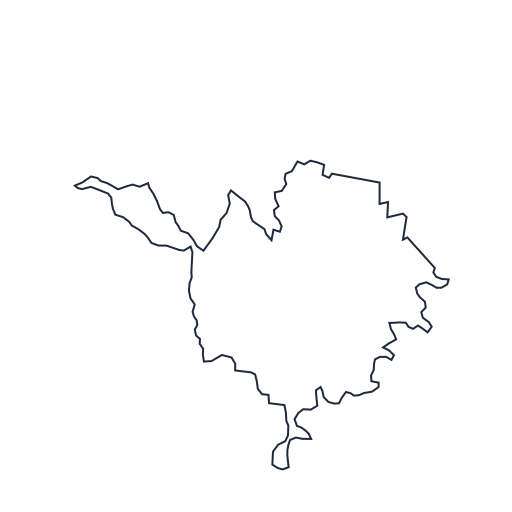 the district of Pérola d'Oeste, Paraná, Brazil, rotated 224°
{"feature_id": "56859067B51279708820455", "entity_name": "Pérola d'Oeste", "entity_type": "district", "adm_level": 2, "iso_a3": "BRA", "parent_name": "Brazil", "parent_adm1": "Paraná", "projection": "natural_earth1", "projection_center": [-53.752, -25.846], "detail": "fine", "context": "isolated", "style": "outline", "palette": "slate", "viewbox_px": 512, "rotation_deg": 224, "n_neighbors": 0, "source": "geoboundaries", "source_scale": "gbopen_adm2", "svg_char_len": 2713}
<svg xmlns="http://www.w3.org/2000/svg" viewBox="0 0 512 512"><g transform="rotate(224 256 256)"><path d="M435.2,180.8L431.2,181.1L427.4,183.5L423.0,190.9L416.4,193.8L405.9,198.1L400.7,197.5L396.3,193.8L392.1,190.8L385.9,188.0L378.6,191.6L370.9,192.5L366.4,191.6L359.6,193.5L351.4,194.5L347.0,194.1L340.2,192.8L333.5,195.7L327.6,201.3L315.2,207.1L311.7,209.8L309.6,217.4L304.3,214.5L291.5,199.7L287.4,196.0L284.9,190.3L280.2,184.5L273.7,180.0L266.5,178.6L262.8,171.8L258.6,169.4L254.0,168.5L250.3,165.6L248.9,160.6L244.0,157.2L238.7,157.4L235.5,153.7L229.6,152.6L225.6,148.0L220.1,143.9L215.0,149.5L211.8,161.1L203.1,166.0L196.1,164.1L191.5,159.2L178.8,168.8L174.4,170.2L168.5,166.5L162.4,161.7L155.6,160.8L150.6,164.8L144.4,159.2L132.0,168.5L125.3,163.8L119.6,158.4L115.0,156.5L108.4,149.2L106.3,143.1L109.0,135.6L107.9,127.1L99.3,117.3L93.0,118.6L88.6,121.0L85.8,126.8L91.5,131.4L95.1,134.5L98.6,138.2L101.6,142.8L103.7,147.3L101.2,153.1L95.5,156.8L89.3,162.7L94.7,164.8L99.5,164.8L104.6,164.0L108.5,162.2L114.9,165.4L116.5,172.5L115.6,178.6L109.9,183.5L107.9,190.9L113.9,195.9L119.6,201.0L118.5,206.6L114.5,205.0L109.4,201.6L102.6,201.3L97.1,204.2L94.0,207.7L95.8,213.7L96.8,220.6L92.7,223.0L88.7,223.5L85.4,227.1L83.1,232.5L78.3,239.0L76.8,246.9L79.8,250.1L86.0,246.1L90.2,249.9L92.2,255.9L96.0,260.2L98.6,264.2L96.8,269.5L92.4,273.8L86.4,275.4L87.8,280.5L95.0,280.5L101.1,278.5L99.8,284.9L97.3,293.4L102.4,295.6L108.3,297.2L113.6,300.6L110.5,303.6L106.8,307.8L101.8,312.1L97.1,311.0L92.5,312.6L91.2,318.5L86.0,319.5L79.5,320.3L80.5,327.2L85.6,328.5L93.1,327.5L98.1,330.4L98.1,336.8L102.6,340.4L109.9,340.2L114.1,341.1L119.1,344.3L118.8,349.2L115.2,355.4L108.8,357.5L104.0,358.6L100.6,362.0L98.7,368.4L101.1,373.0L106.3,368.6L111.9,366.2L117.0,367.4L119.0,371.6L160.0,374.5L161.6,369.8L172.2,384.9L174.7,388.6L179.7,388.6L188.4,375.0L198.5,386.5L203.3,379.3L218.1,394.7L258.6,367.9L257.7,363.1L264.5,360.6L270.3,368.9L277.2,365.8L283.1,362.3L284.9,355.5L291.8,352.8L289.1,341.9L291.8,335.8L289.1,331.4L284.2,328.8L282.7,320.8L286.7,314.8L281.8,310.4L274.3,307.5L275.0,301.5L270.1,297.7L264.1,297.5L258.1,295.1L255.7,290.0L261.7,287.1L255.8,278.1L263.9,278.8L268.6,281.2L273.0,280.4L282.2,278.8L286.2,280.2L292.8,284.9L297.0,286.5L301.9,287.6L308.3,286.8L319.6,285.8L318.3,280.4L311.2,275.4L307.0,266.3L306.6,257.4L302.6,251.2L299.5,238.1L297.5,223.3L305.2,222.0L312.3,224.1L320.5,225.2L327.6,222.0L333.4,223.8L337.5,224.6L343.7,228.4L349.4,226.7L352.9,222.3L357.6,223.0L365.3,226.7L373.5,229.6L380.2,231.0L384.2,233.4L387.9,224.9L394.3,221.7L397.3,216.6L401.6,208.1L408.0,206.6L413.8,205.0L419.7,202.1L423.9,202.1L429.9,198.6L432.1,188.0L435.2,180.8Z" fill="none" stroke="#1e293b" stroke-width="2"/></g></svg>